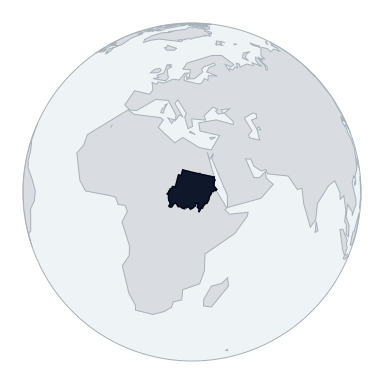 the Earth from above Sudan, rotated 13°
{"feature_id": "SDN", "entity_name": "Sudan", "entity_type": "country or territory", "adm_level": 0, "iso_a3": "SDN", "parent_name": "Africa", "parent_adm1": "", "projection": "orthographic", "projection_center": [30.131, 15.434], "detail": "fine", "context": "on_globe", "style": "filled", "palette": "ink", "viewbox_px": 384, "rotation_deg": 13, "n_neighbors": 0, "source": "natural_earth", "source_scale": "50m", "svg_char_len": 12886}
<svg xmlns="http://www.w3.org/2000/svg" viewBox="0 0 384 384"><g transform="rotate(13 192 192)"><circle cx="192" cy="192" r="169" fill="#eef3f6" stroke="#a8b0b8"/><path d="M145.1,29.7L143.9,30.0L143.2,30.3L139.4,31.5L142.2,30.8L145.8,29.7L148.2,29.2L148.2,29.4L143.3,30.8L142.6,30.9L141.1,31.4L138.7,32.1L139.8,31.9L133.9,33.8L139.6,32.4L134.7,34.3L130.9,35.5L131.5,34.8L126.3,36.4L145.1,29.7ZM104.2,47.6L102.7,48.6L100.1,50.2L104.2,47.6ZM93.0,55.0L92.6,55.4L94.7,53.9L100.2,50.3L102.7,49.0L109.1,45.2L111.1,44.4L117.5,41.2L116.1,42.6L111.4,45.8L106.0,48.7L103.8,50.4L108.7,48.6L98.4,55.6L91.2,63.4L88.6,65.4L83.9,66.7L84.6,63.5L78.6,67.2L82.1,66.0L75.5,71.9L74.3,73.6L74.4,74.2L76.8,72.5L74.5,75.0L70.1,76.7L72.1,74.4L73.5,73.7L73.8,72.5L70.8,74.6L67.7,77.9L66.8,78.5L79.3,66.1L93.0,55.0ZM26.2,159.5L26.1,160.2L25.7,161.9L24.1,177.2L25.4,186.7L25.6,194.8L25.2,198.5L26.3,201.4L26.3,204.3L33.3,215.4L39.1,226.2L40.4,236.1L38.5,244.6L43.7,266.4L42.2,269.2L46.5,277.7L48.5,281.3L42.3,270.2L36.8,258.8L32.2,247.0L28.6,234.8L25.8,222.5L24.0,209.9L23.1,197.3L23.2,184.6L24.2,172.0L26.2,159.5ZM117.7,40.8L117.6,41.0L116.5,41.5L117.7,40.8ZM120.7,39.3L119.5,39.7L120.7,39.1L121.4,38.9L120.7,39.3ZM121.8,39.1L123.0,38.0L125.1,37.0L129.6,35.4L121.8,39.1ZM147.0,29.3L143.1,30.5L146.4,29.4L147.0,29.3ZM164.8,25.3L164.4,25.4L160.2,26.2L156.6,26.8L159.2,26.5L148.5,28.8L151.7,27.9L164.8,25.3ZM149.5,28.9L150.3,28.5L155.3,27.4L154.5,28.0L153.1,28.1L149.5,28.9ZM171.0,24.3L172.7,24.2L164.9,25.3L165.9,25.1L171.0,24.3ZM152.0,28.5L154.0,28.4L151.6,29.2L149.0,29.2L152.0,28.5ZM156.9,26.9L159.2,26.5L157.7,26.9L156.9,26.9ZM144.1,32.7L145.0,31.9L147.7,31.2L144.1,32.7ZM154.9,28.3L155.7,28.0L156.9,27.7L157.7,27.8L154.9,28.3ZM165.8,25.3L165.3,25.5L169.1,24.8L169.6,25.0L164.3,25.8L166.9,25.5L167.0,25.6L162.5,26.2L165.8,25.3ZM162.0,27.2L155.4,28.8L153.1,30.1L150.7,30.7L154.8,28.5L162.0,27.2ZM162.7,26.5L161.7,27.0L159.1,27.4L158.2,27.2L162.7,26.5ZM172.0,24.9L172.4,24.4L173.6,24.3L172.0,24.9ZM161.8,27.5L163.4,27.1L162.0,27.5L161.8,27.5ZM169.4,25.5L169.4,25.3L170.7,25.2L169.4,25.5ZM166.6,26.8L164.4,27.2L163.8,27.0L166.6,26.8ZM168.3,26.1L170.1,26.0L164.8,26.7L168.1,26.0L168.3,26.1ZM170.6,25.4L171.4,25.3L170.4,25.6L170.6,25.4ZM170.4,27.3L163.9,28.3L162.4,27.8L168.9,26.9L170.4,27.3ZM268.5,41.4L272.6,43.6L286.2,52.3L285.0,51.0L288.0,53.0L306.1,67.4L320.8,83.4L325.5,88.6L328.6,92.7L330.6,95.9L326.2,90.0L324.5,88.7L321.7,85.2L323.5,89.2L319.6,84.4L322.8,90.3L326.1,93.7L326.0,91.6L330.5,99.4L335.7,105.3L340.8,113.9L347.4,132.0L347.2,139.4L348.2,142.5L345.8,140.1L346.1,147.4L353.4,162.4L354.5,167.4L353.4,179.1L352.7,175.5L346.4,169.2L347.8,181.7L352.7,189.5L354.5,200.6L351.8,198.6L349.7,189.0L347.4,186.4L346.2,175.7L340.8,161.4L338.0,165.9L336.5,159.7L328.6,148.9L323.6,155.2L316.8,175.1L318.8,191.3L315.2,199.6L303.6,178.5L298.3,163.6L294.2,166.0L282.2,154.8L261.7,157.3L258.8,153.5L254.9,156.0L246.5,152.9L241.9,146.7L236.8,147.7L249.0,163.9L254.4,163.0L258.9,155.7L261.3,161.8L269.4,166.3L260.6,182.6L230.1,199.1L227.1,187.0L203.7,154.9L204.4,151.2L204.3,150.8L204.0,150.1L201.9,156.2L197.9,149.9L210.4,172.4L212.5,182.3L229.6,199.8L228.0,201.8L233.6,205.3L251.2,199.1L251.3,203.2L243.0,222.8L218.6,249.5L221.8,265.9L220.1,279.7L204.9,289.3L206.3,299.4L198.5,303.2L198.1,308.8L191.8,314.7L181.4,320.1L163.5,319.8L162.3,314.9L153.3,304.9L140.7,279.6L145.1,268.1L143.4,258.8L130.5,237.0L133.4,225.4L129.9,220.1L122.8,220.8L118.9,214.4L114.6,213.9L88.0,214.9L80.1,205.8L71.0,179.8L75.9,170.9L77.1,159.7L111.3,126.3L118.2,129.3L144.7,126.6L147.9,128.2L144.5,136.6L164.0,148.0L170.8,141.0L188.9,147.0L201.2,146.7L206.2,130.7L186.1,130.8L183.0,123.1L199.4,116.3L217.0,117.0L216.4,114.1L205.6,107.8L209.9,102.5L201.8,105.3L204.9,108.2L199.9,110.2L196.8,107.8L198.5,105.8L193.3,104.6L186.7,114.9L189.1,118.9L175.2,120.8L177.8,127.9L173.9,131.2L168.0,120.5L168.8,116.6L157.5,105.4L155.4,109.5L165.9,120.6L162.5,119.7L159.7,126.1L159.1,120.5L148.2,108.1L135.9,110.0L119.6,125.2L112.6,126.0L106.9,122.2L113.4,106.2L128.5,106.4L131.0,101.5L128.5,94.1L133.3,95.0L134.1,92.3L139.8,92.3L148.4,86.2L154.4,85.8L158.2,77.9L161.8,76.9L158.5,81.7L159.4,85.2L174.1,85.3L177.1,83.6L178.5,78.7L182.4,79.7L181.8,75.0L190.5,73.4L179.3,71.7L180.6,66.7L186.1,63.1L184.5,61.4L175.5,67.3L173.8,70.1L175.4,72.8L168.8,81.1L163.6,82.4L163.0,73.2L155.5,74.3L158.3,67.4L180.9,54.4L190.1,52.3L204.3,58.5L201.9,61.3L195.6,60.3L200.9,65.5L200.7,63.0L203.9,64.1L206.0,60.2L208.4,60.8L206.2,56.4L209.4,56.7L210.7,59.6L216.4,55.0L223.1,55.1L223.2,53.9L221.5,52.5L231.1,54.0L230.8,53.1L227.5,52.1L224.7,49.7L223.6,46.3L227.0,47.0L227.8,48.3L234.8,52.6L236.7,56.4L237.9,56.5L237.2,53.3L228.6,48.1L227.0,45.9L231.4,47.9L229.7,47.0L229.9,46.1L233.3,46.1L228.6,43.8L226.6,35.5L233.1,35.2L237.3,37.6L239.5,34.3L246.6,35.3L243.5,34.3L242.5,32.7L240.3,32.3L238.7,31.8L235.1,28.9L236.9,29.2L233.9,28.3L245.8,31.8L257.3,36.2L268.5,41.4ZM99.3,144.1L98.2,147.4L99.3,144.1ZM235.7,126.3L246.3,126.3L241.5,116.8L245.1,116.1L242.2,113.3L241.1,116.1L233.8,108.5L238.3,105.5L237.0,101.5L233.4,101.4L226.3,108.3L236.7,118.9L234.3,123.1L235.7,126.3ZM26.1,160.2L25.7,162.6L25.8,161.9L26.1,160.2ZM75.8,71.8L76.1,71.7L75.7,72.8L74.7,73.3L75.8,71.8ZM80.7,73.1L76.8,77.2L78.9,74.4L76.9,75.5L78.7,71.4L87.4,66.3L83.1,69.1L80.7,73.1ZM83.6,65.1L81.4,67.9L83.5,65.1L83.6,65.1ZM132.9,78.7L134.7,80.5L132.2,83.4L124.7,85.2L128.2,80.8L132.9,78.7ZM137.8,82.4L139.2,73.5L143.9,72.5L141.0,74.5L144.0,74.7L140.2,78.1L143.3,86.3L141.3,89.6L128.5,90.3L133.8,88.0L131.7,86.2L137.8,82.4ZM134.5,57.1L135.2,54.5L144.6,55.5L142.9,57.9L135.3,59.5L132.8,57.6L134.5,57.1ZM129.5,37.0L129.2,36.8L130.5,36.3L131.9,36.1L129.5,37.0ZM144.3,32.3L132.4,37.8L131.4,37.7L125.6,41.6L120.8,43.1L124.7,40.3L116.6,44.7L118.2,42.9L113.0,46.0L122.2,39.8L123.3,38.7L123.9,39.3L128.4,37.9L130.6,37.0L137.8,33.8L142.4,31.3L147.5,30.0L149.9,29.7L149.6,30.1L146.4,30.7L148.3,30.8L143.4,32.1L144.3,32.3ZM175.4,34.0L171.7,33.5L174.8,36.0L169.9,36.4L170.5,36.7L166.8,37.9L163.5,40.0L161.3,40.0L160.9,40.9L158.5,41.8L157.2,43.1L152.9,43.6L151.0,45.3L150.0,44.7L148.0,47.5L147.6,45.7L144.3,47.1L146.5,48.1L126.1,50.3L117.9,53.3L111.2,57.2L111.4,54.2L117.7,48.9L126.8,43.7L134.7,41.4L133.4,40.8L136.8,39.6L136.4,40.6L139.0,38.4L141.6,37.8L149.8,34.6L151.8,32.3L154.8,31.3L155.3,31.9L158.0,30.5L161.1,31.1L163.3,30.5L168.6,30.7L168.4,32.6L170.9,31.8L175.0,32.2L175.4,34.0ZM171.7,27.4L172.6,29.1L170.3,30.3L162.1,29.5L159.6,30.0L154.2,30.1L157.6,28.5L158.9,28.5L160.8,28.3L159.0,28.9L162.0,28.2L163.7,28.4L166.5,28.0L166.0,28.6L171.7,27.4ZM151.9,125.2L154.4,125.6L158.5,125.4L156.8,129.7L151.9,125.2ZM144.3,116.8L146.6,116.3L146.2,121.8L143.6,121.5L144.3,116.8ZM148.2,111.7L146.8,115.9L146.0,113.4L148.2,111.7ZM160.7,81.2L163.3,80.7L163.4,81.8L161.8,83.6L160.7,81.2ZM183.3,43.4L181.6,42.5L182.4,42.1L181.8,39.4L185.4,39.1L187.2,40.7L183.3,43.4ZM202.6,133.4L198.9,136.6L197.1,135.1L198.8,134.3L202.6,133.4ZM176.6,133.2L182.4,135.3L176.1,134.4L176.6,133.2ZM187.1,42.7L186.4,41.6L188.7,42.2L187.1,42.7ZM188.0,38.9L190.6,39.3L185.7,38.8L188.0,38.9ZM262.0,337.4L262.4,338.5L260.1,339.0L262.0,337.4ZM248.7,275.5L236.7,299.7L228.8,300.4L227.6,293.7L232.1,279.3L241.4,274.5L246.0,267.5L248.7,275.5ZM358.8,219.1L358.6,220.2L358.9,218.3L358.9,218.0L358.8,219.1ZM358.7,219.1L355.8,223.2L354.2,222.8L355.0,219.6L357.6,217.6L358.7,219.1ZM354.9,219.7L351.8,214.4L344.6,195.2L347.3,194.3L354.2,204.3L353.8,206.9L355.7,211.6L354.9,219.7ZM360.6,199.0L360.1,206.5L359.0,208.2L358.2,208.1L357.8,199.5L358.0,194.5L358.8,193.7L359.5,174.7L360.2,177.4L360.5,185.0L360.9,190.3L360.6,199.0ZM319.6,192.7L323.4,201.4L321.1,203.7L319.6,192.7ZM358.1,162.5L358.9,170.6L357.6,160.4L358.1,162.5ZM356.3,153.4L357.1,156.7L356.3,153.9L356.3,153.4ZM349.7,147.1L349.0,148.8L348.2,146.4L348.6,142.9L349.7,147.1ZM344.7,121.4L347.7,128.2L348.7,130.6L346.9,126.9L344.7,121.4ZM216.8,42.2L213.7,45.9L213.9,49.1L217.7,51.4L211.0,50.0L210.7,45.1L216.8,42.2ZM225.1,36.1L221.7,34.5L224.0,34.5L225.1,34.9L225.1,36.1ZM222.5,35.6L216.8,35.1L215.4,33.8L220.2,34.4L222.5,35.6ZM202.0,38.0L200.8,39.0L199.0,38.4L202.0,38.0ZM360.5,204.1L360.7,201.0L361.0,191.8L360.9,189.9L361.0,191.3L360.5,204.1ZM359.5,169.8L359.5,170.2L359.5,169.5L359.5,169.8ZM358.3,161.9L358.4,162.8L358.0,160.8L358.3,161.9ZM358.1,161.0L357.3,157.1L358.1,161.0ZM356.5,153.5L356.0,152.6L352.2,139.9L352.1,138.8L355.1,148.5L356.4,153.0L356.5,153.5ZM333.0,98.9L331.4,96.5L328.9,93.0L333.0,98.9ZM286.4,51.9L285.9,51.5L282.9,49.6L283.1,49.7L286.4,51.9ZM237.5,31.6L235.6,30.9L236.8,30.9L237.5,31.6ZM230.9,29.1L230.9,29.5L229.4,28.7L230.9,29.1ZM231.1,30.7L230.2,29.5L233.1,31.2L231.1,30.7Z" fill="#d9dde1" stroke="#a8b0b8" stroke-width="1"/><path d="M203.5,209.5L202.9,209.5L202.9,209.4L202.9,209.2L202.9,208.7L203.1,208.4L203.1,208.2L203.1,207.9L203.1,207.7L203.0,207.4L202.9,207.3L201.6,206.3L201.4,206.0L200.7,205.8L200.7,205.7L200.8,205.5L200.8,205.4L200.5,203.3L200.5,203.2L200.7,202.6L200.7,202.2L200.8,201.7L200.8,201.4L199.5,201.4L199.5,201.5L199.4,201.6L199.5,201.7L199.5,201.8L199.5,202.0L197.6,202.1L198.4,202.9L198.4,203.0L198.4,203.3L198.4,203.8L198.4,204.1L198.4,204.3L198.6,204.7L198.6,204.8L197.2,206.0L197.0,206.6L196.8,206.9L196.7,206.9L196.4,207.3L195.2,208.6L194.4,208.7L194.0,208.7L193.9,208.7L193.9,208.8L193.0,208.1L191.6,207.2L191.5,207.3L190.7,207.6L190.5,207.8L190.5,208.2L190.3,208.4L190.1,208.7L189.4,208.8L189.1,208.9L188.7,209.1L188.5,209.3L188.2,209.6L188.2,209.8L188.3,210.0L185.9,209.9L185.5,209.1L185.2,209.2L183.1,209.1L182.8,209.1L182.2,209.4L181.9,209.4L181.6,209.3L180.5,208.0L180.3,207.8L180.2,207.8L180.0,207.5L179.8,207.4L179.7,207.3L179.7,207.1L179.7,206.9L179.6,206.7L179.4,206.6L178.0,206.9L177.7,206.9L177.4,206.9L177.3,207.0L177.2,207.1L177.2,207.3L177.2,207.5L177.0,207.9L176.6,208.3L176.5,208.5L176.5,209.0L176.4,209.3L176.2,209.5L176.1,210.1L175.8,210.6L175.8,211.0L175.7,211.1L175.0,211.2L174.8,211.4L174.6,211.6L174.3,211.6L173.9,211.5L173.2,211.4L172.8,211.2L172.9,210.8L172.8,210.7L172.7,210.7L172.6,210.3L173.0,209.9L173.1,209.6L173.2,208.8L173.2,208.6L173.2,208.2L172.9,207.6L172.7,207.2L172.3,206.5L172.1,206.3L171.3,205.4L171.2,205.3L171.0,204.9L171.1,204.6L171.2,204.2L171.3,203.9L171.2,203.7L170.8,203.5L170.7,203.4L170.4,203.2L170.2,202.7L170.3,201.8L170.2,201.6L170.0,201.3L169.9,200.8L169.8,200.4L169.9,200.1L169.7,199.8L169.4,199.6L169.0,199.6L168.7,199.7L168.3,199.6L168.2,199.5L168.2,199.3L168.3,199.1L168.5,198.7L168.7,198.4L169.2,198.1L169.3,198.0L169.4,197.8L169.4,197.6L169.4,197.4L169.3,197.2L169.2,196.9L169.1,196.6L169.1,196.4L169.2,196.2L169.3,196.1L169.6,195.9L169.8,195.7L170.3,195.5L170.4,195.4L170.3,195.2L170.2,195.1L170.1,194.8L170.1,194.5L170.0,194.3L169.9,194.2L170.1,194.1L170.4,193.9L170.7,193.8L170.8,193.7L170.8,193.4L170.9,193.2L171.1,192.9L171.4,192.6L171.6,192.5L171.7,192.2L171.6,191.4L171.8,191.1L172.1,190.9L172.5,190.9L173.1,190.9L173.5,190.8L173.8,190.8L174.5,191.0L174.5,190.9L174.6,190.7L174.6,190.3L174.6,189.0L174.7,187.7L174.7,186.4L174.8,185.0L174.8,183.7L174.8,182.4L174.9,181.1L174.9,179.8L174.9,179.4L175.0,179.1L175.0,178.7L175.0,178.3L175.7,178.3L176.3,178.4L177.0,178.4L177.7,178.4L177.8,176.9L177.8,175.4L177.9,174.0L177.9,172.5L179.0,172.5L180.0,172.6L181.1,172.6L182.1,172.6L183.1,172.6L184.2,172.6L185.2,172.7L186.3,172.7L187.3,172.7L188.4,172.7L189.4,172.7L190.5,172.7L191.5,172.7L192.5,172.7L193.6,172.7L194.6,172.7L194.9,172.7L195.1,172.7L195.4,172.1L195.5,172.1L195.6,172.4L195.6,172.7L196.1,172.7L197.0,172.7L197.9,172.7L198.8,172.7L199.7,172.6L200.6,172.6L201.5,172.6L202.3,172.6L203.2,172.6L204.1,172.6L205.0,172.5L205.9,172.5L206.8,172.5L207.7,172.5L208.6,172.5L209.5,172.4L210.4,172.4L210.4,173.1L210.6,173.6L211.0,174.3L211.4,174.7L211.6,175.0L211.3,175.0L211.3,175.4L211.3,175.6L211.4,176.1L211.5,176.6L211.5,177.1L211.5,177.9L211.7,178.8L211.7,179.5L212.1,180.9L212.4,181.7L212.6,181.9L212.8,182.0L213.2,182.0L213.7,182.4L214.2,182.8L214.3,183.0L214.5,183.3L214.7,183.2L214.9,183.4L215.6,183.8L215.7,184.0L215.2,184.5L215.1,184.8L214.9,185.1L214.7,185.3L214.3,185.4L214.1,185.4L213.9,185.5L213.7,185.6L213.3,185.8L213.1,185.9L212.9,186.0L212.7,186.2L212.6,186.7L212.5,186.9L212.3,186.9L212.0,186.9L211.8,186.9L211.5,186.9L211.3,186.9L211.3,187.0L211.3,187.5L211.2,187.9L211.0,188.2L211.1,188.7L211.2,189.2L210.9,189.9L210.9,190.1L210.7,190.6L210.5,190.9L210.3,191.9L210.1,192.3L209.9,192.6L210.0,193.2L210.0,193.8L210.1,194.4L210.2,195.2L210.0,196.0L210.0,196.4L209.9,197.1L209.8,197.4L209.7,197.5L209.4,198.1L209.3,198.7L209.2,199.2L209.2,199.5L208.8,199.8L208.3,199.9L208.1,200.0L207.9,200.1L207.7,200.3L207.3,201.0L207.1,201.5L206.8,202.1L206.4,202.5L206.2,203.1L206.1,203.7L206.0,204.1L206.0,204.4L205.9,205.0L205.9,205.3L205.7,205.5L205.4,205.7L205.1,205.5L204.9,205.3L204.7,205.4L204.4,205.6L204.2,205.9L204.0,206.3L204.1,207.1L204.1,207.3L204.1,207.5L203.8,208.1L203.7,208.3L203.6,208.7L203.5,209.3L203.5,209.5Z" fill="#0f172a" stroke="#020617" stroke-width="1.5"/></g></svg>